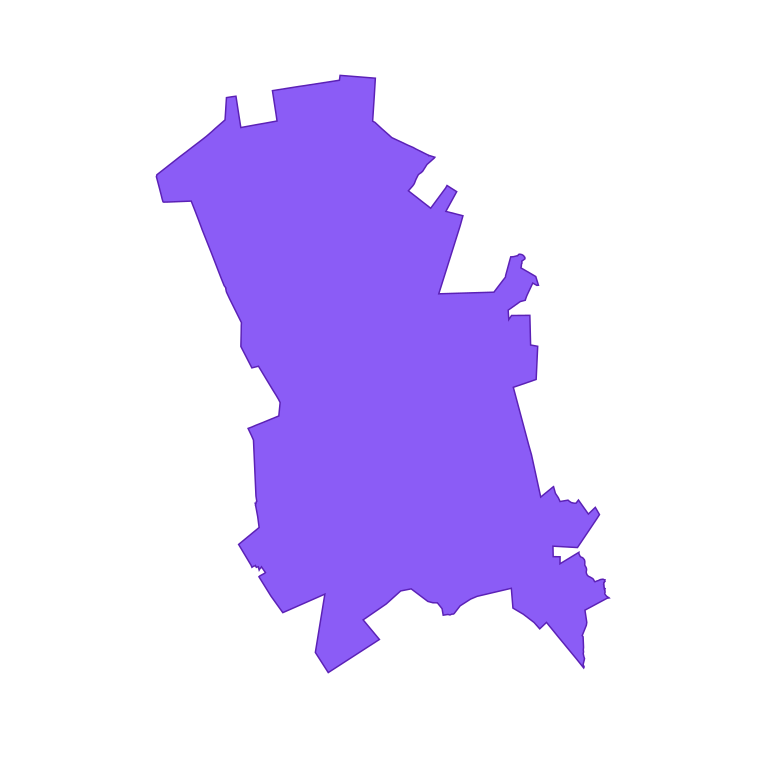 the district of Opodepe, Sonora, Mexico, rotated 81°
{"feature_id": "50627088B76508997852309", "entity_name": "Opodepe", "entity_type": "district", "adm_level": 2, "iso_a3": "MEX", "parent_name": "Mexico", "parent_adm1": "Sonora", "projection": "albers", "projection_center": [-110.689, 30.036], "detail": "fine", "context": "isolated", "style": "filled", "palette": "violet", "viewbox_px": 768, "rotation_deg": 81, "n_neighbors": 0, "source": "geoboundaries", "source_scale": "gbopen_adm2", "svg_char_len": 5600}
<svg xmlns="http://www.w3.org/2000/svg" viewBox="0 0 768 768"><g transform="rotate(81 384 384)"><path d="M660.3,484.2L635.6,428.5L613.7,441.5L601.6,416.2L591.0,399.9L590.6,389.2L605.6,374.7L607.7,370.0L608.5,365.5L615.0,361.8L621.6,361.7L621.6,358.0L621.6,357.2L621.8,356.4L622.3,355.4L622.4,354.6L622.1,353.8L621.9,353.1L622.1,351.8L622.0,351.2L621.7,350.6L615.0,343.5L610.0,332.1L608.3,325.3L605.7,290.2L625.5,291.7L633.2,282.4L643.0,273.1L650.2,268.5L644.9,260.8L662.1,250.8L685.5,237.0L695.7,231.2L695.4,231.0L695.1,230.8L694.9,230.7L694.7,230.6L694.1,230.7L693.8,230.8L693.4,230.9L693.1,231.0L692.8,231.1L692.5,231.1L692.3,231.2L692.1,231.1L691.9,231.1L691.7,231.0L690.5,230.5L689.8,230.2L688.4,229.6L688.1,229.5L687.9,229.4L687.1,229.1L686.7,229.0L686.6,228.9L686.2,229.0L685.9,229.0L685.3,229.1L684.1,229.3L683.2,229.3L682.3,229.4L681.6,229.4L681.1,229.3L680.9,229.3L680.7,229.1L680.1,228.9L679.8,228.9L679.6,228.8L679.4,228.8L679.0,228.7L678.4,228.8L677.6,228.7L676.8,228.5L675.8,228.2L674.5,228.0L664.8,226.9L663.5,227.6L654.0,221.9L651.2,221.0L638.8,220.9L630.5,197.1L630.5,195.1L630.1,195.4L629.8,196.0L629.3,196.4L628.5,197.3L627.2,198.1L626.5,198.4L625.8,198.7L625.0,198.7L624.1,198.1L623.9,198.2L623.7,198.2L623.4,198.2L623.0,198.2L622.7,198.3L622.4,198.1L622.2,198.0L621.9,198.2L621.8,198.3L621.7,198.3L621.5,198.5L621.4,198.5L621.3,198.4L621.2,198.3L621.1,198.1L621.0,197.9L620.9,197.7L620.7,197.6L620.6,197.8L620.4,198.0L620.2,198.3L620.1,198.5L619.9,198.6L619.7,198.6L619.5,198.4L619.4,198.3L619.2,198.3L618.8,198.3L618.7,198.3L618.4,198.4L618.3,198.5L618.1,198.5L618.1,198.4L617.8,198.3L617.6,198.3L617.4,198.2L617.2,198.3L616.9,198.2L616.7,198.2L616.4,198.2L616.3,198.3L616.2,198.4L615.9,198.2L615.7,198.2L614.9,198.1L614.9,197.8L614.8,197.7L614.7,197.6L614.4,197.6L614.1,197.5L614.0,197.4L613.8,197.3L613.7,196.8L613.6,196.6L613.4,196.5L613.1,196.6L612.9,196.7L612.6,196.6L612.2,196.5L612.0,196.4L611.9,197.0L611.5,197.5L611.1,198.1L611.0,198.9L611.0,199.6L611.0,200.8L611.1,201.3L611.4,202.3L611.7,203.3L611.8,204.3L611.9,204.8L612.1,205.7L612.3,206.2L612.3,206.6L612.0,207.0L611.6,207.1L610.9,207.3L609.8,207.7L608.9,208.2L608.3,208.9L607.6,209.8L606.7,210.9L606.3,211.6L605.6,212.4L604.4,213.2L603.9,213.4L602.4,213.7L601.4,213.7L601.0,213.6L600.2,213.3L599.3,213.0L598.3,212.9L597.4,213.0L596.8,213.1L596.1,213.4L595.6,213.5L594.9,213.9L594.4,214.0L594.1,214.0L592.5,213.7L591.3,213.5L590.3,213.4L589.6,213.5L588.8,213.6L588.2,214.0L587.1,214.6L586.3,215.5L585.6,216.7L584.9,217.2L584.3,217.4L583.6,217.6L582.9,217.9L581.8,218.0L580.7,217.8L589.1,238.3L582.2,237.1L581.0,243.9L570.6,242.5L575.8,218.5L550.1,194.6L546.7,191.6L538.9,194.6L544.4,202.5L529.0,210.1L531.7,212.9L531.6,214.3L531.0,216.1L530.3,217.7L528.8,219.3L527.5,220.4L527.6,228.5L523.6,229.6L518.8,231.8L511.9,232.6L512.1,233.1L518.3,243.7L520.2,246.9L477.0,249.4L467.0,250.6L407.5,256.8L403.3,233.0L370.8,226.3L368.4,233.1L339.0,229.2L336.3,247.3L339.9,250.7L330.5,249.8L323.9,236.5L323.4,231.4L321.8,230.6L319.6,229.4L317.9,228.3L307.6,221.3L310.5,217.6L310.6,216.0L301.6,217.3L290.7,230.6L289.0,229.9L288.6,229.8L288.2,229.8L286.8,229.3L286.3,229.0L286.2,228.8L285.9,228.8L285.7,228.8L285.1,228.7L284.6,228.8L284.3,228.7L284.0,228.4L284.0,228.1L282.4,225.2L282.1,225.2L281.6,225.1L280.9,225.1L280.8,225.3L280.6,225.3L280.4,225.5L280.0,225.7L279.5,225.8L279.1,226.1L278.8,226.3L278.5,226.7L277.8,227.5L277.5,228.2L277.4,228.5L277.3,228.8L277.1,229.2L277.0,229.7L277.0,230.4L277.2,230.9L277.8,231.5L278.1,231.8L278.2,232.0L278.2,232.9L278.2,233.2L278.3,233.8L278.4,235.0L278.5,235.9L278.4,236.9L278.4,237.6L278.2,238.9L281.0,240.2L295.9,246.9L297.4,247.3L300.1,250.2L310.5,261.1L303.5,315.8L239.8,284.1L230.2,279.7L223.2,295.9L205.4,282.1L197.8,290.7L200.0,292.4L217.7,310.4L197.0,329.7L192.9,324.7L192.4,324.2L191.4,323.2L190.3,322.4L188.9,321.6L187.0,320.5L183.5,318.0L182.6,317.3L182.2,316.6L181.6,315.5L181.1,314.3L180.5,313.4L179.9,312.5L173.9,307.2L168.7,299.0L168.0,298.3L165.6,303.1L165.6,304.0L165.0,304.1L164.3,305.3L156.9,315.7L155.0,318.1L151.7,323.3L141.9,337.7L131.7,346.1L124.2,352.0L122.6,354.1L96.5,348.2L80.6,344.7L74.6,369.5L72.3,379.1L77.0,380.5L76.9,410.1L76.9,415.3L76.8,421.2L76.8,448.3L96.3,448.4L99.8,448.4L107.5,448.5L107.8,461.3L107.9,468.3L108.3,485.3L96.5,485.3L76.6,485.2L76.5,488.5L76.5,490.7L76.5,494.8L94.4,498.8L98.3,499.7L105.2,510.7L108.0,514.9L111.8,521.1L113.7,524.5L120.6,537.2L124.9,545.1L125.0,545.3L126.3,547.7L127.4,549.8L141.8,575.6L142.9,576.0L143.6,576.4L145.3,576.2L155.2,575.2L162.6,574.5L166.3,574.2L168.5,573.9L169.4,573.8L169.7,573.5L170.0,572.8L170.0,572.2L170.4,569.5L173.2,545.8L183.6,543.5L193.0,541.5L199.9,540.1L203.0,539.5L221.2,535.4L227.4,534.0L240.0,531.3L245.2,530.2L254.9,528.1L261.8,526.5L264.6,525.1L265.0,525.4L267.8,525.3L269.0,525.1L275.6,523.2L301.1,515.2L303.8,515.8L311.9,517.2L324.6,519.5L347.4,512.0L346.8,505.2L361.6,499.2L373.1,494.5L378.3,492.3L382.6,490.6L386.1,489.5L399.1,492.9L401.0,501.0L403.3,510.7L404.7,517.0L405.5,520.1L405.6,520.5L405.9,521.7L406.6,525.2L414.4,522.9L419.0,521.7L474.7,528.0L480.0,528.0L480.5,528.5L480.6,528.8L480.8,528.9L481.3,528.9L481.7,529.0L481.9,529.2L481.8,529.8L482.2,529.6L482.6,529.6L483.2,529.9L483.3,529.7L483.7,529.8L495.3,529.5L506.2,529.8L519.7,552.7L542.1,543.7L544.4,543.1L543.6,541.4L543.4,539.5L543.3,539.4L545.1,538.8L544.9,538.0L544.9,537.2L544.8,536.8L545.7,536.7L548.2,536.4L546.7,535.2L546.1,534.0L545.5,533.6L551.7,530.6L552.3,531.6L554.1,536.6L554.8,537.7L575.9,528.8L594.0,519.7L582.3,475.3L638.4,493.8L660.3,484.2Z" fill="#8b5cf6" stroke="#5b21b6" stroke-width="1.5"/></g></svg>